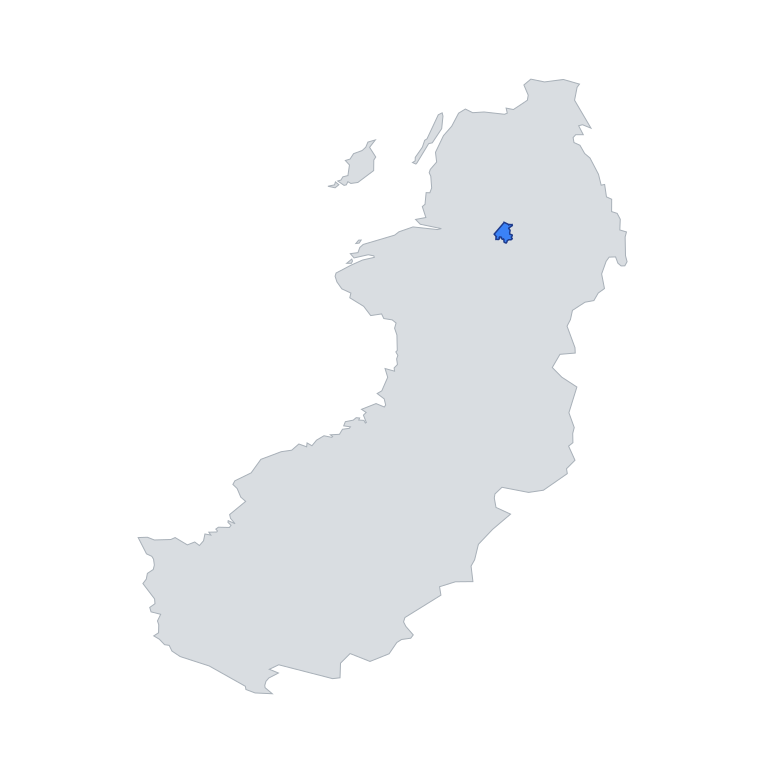 location of Karlsborg, Västra Götaland, Sweden, rotated 185°
{"feature_id": "70781695B19460929055016", "entity_name": "Karlsborg", "entity_type": "district", "adm_level": 2, "iso_a3": "SWE", "parent_name": "Sweden", "parent_adm1": "Västra Götaland", "projection": "natural_earth1", "projection_center": [14.477, 58.607], "detail": "fine", "context": "in_parent", "style": "filled", "palette": "blue", "viewbox_px": 768, "rotation_deg": 185, "n_neighbors": 0, "source": "geoboundaries", "source_scale": "gbopen_adm2", "svg_char_len": 4494}
<svg xmlns="http://www.w3.org/2000/svg" viewBox="0 0 768 768"><g transform="rotate(185 384 384)"><path d="M161.5,524.7L164.4,530.8L170.8,530.0L173.4,525.6L176.8,512.6L172.7,498.3L178.5,493.3L182.2,485.4L190.9,483.0L202.7,473.8L203.9,464.4L206.7,457.6L196.9,436.8L196.2,431.5L211.3,428.9L217.8,415.1L207.5,406.3L191.6,397.8L197.3,371.5L190.7,357.2L191.7,351.2L190.7,342.0L194.7,338.2L187.1,324.7L194.8,315.5L193.6,310.7L215.9,292.1L230.5,288.6L257.5,291.4L263.9,284.1L264.2,280.1L261.7,270.8L246.6,265.4L263.1,248.7L276.0,232.5L278.4,216.8L281.4,210.2L278.2,194.9L295.6,193.2L311.0,186.9L308.9,178.6L342.8,153.2L343.8,148.7L341.1,144.4L333.0,136.6L335.2,133.1L344.3,131.0L348.7,127.6L355.4,115.7L373.8,106.4L394.3,112.5L403.0,102.1L402.2,87.5L409.5,86.0L464.4,95.1L473.4,89.8L464.0,86.9L473.1,81.1L475.7,77.5L476.5,73.3L476.0,71.1L468.3,65.7L485.5,65.0L494.9,67.6L495.8,70.8L533.6,87.9L563.3,94.7L572.0,99.5L575.2,104.9L579.9,105.2L585.6,110.2L591.4,113.0L586.9,116.5L587.4,124.5L589.0,128.2L586.4,135.1L596.2,136.7L597.9,141.0L593.0,145.2L593.8,149.9L606.8,164.2L603.8,168.9L603.2,174.7L597.7,179.1L597.0,183.6L598.3,189.4L600.3,192.1L605.8,194.1L615.5,209.6L606.3,210.7L599.2,208.6L582.8,210.5L578.7,212.8L565.9,206.6L558.8,210.1L553.8,207.0L550.1,212.1L549.3,219.0L543.3,218.4L545.6,221.1L537.7,222.0L537.1,223.1L538.9,224.8L536.5,226.9L525.5,227.6L524.1,229.9L527.4,232.6L527.3,234.3L520.2,231.8L525.2,236.8L526.4,240.5L511.6,255.0L516.8,258.8L521.2,267.1L525.8,270.8L524.1,274.6L508.6,283.9L500.1,298.2L480.5,307.6L470.2,310.0L463.6,316.8L455.6,314.7L455.5,318.6L450.4,316.2L446.3,322.2L439.3,327.2L431.4,326.3L430.6,327.2L433.0,328.7L424.0,330.0L421.4,335.3L414.7,336.8L413.7,338.4L420.5,338.8L419.2,343.1L411.5,345.3L408.8,348.0L405.3,348.0L406.0,345.9L400.8,346.0L399.2,343.5L398.2,344.1L401.8,351.2L399.3,354.1L404.2,356.8L390.2,363.8L381.7,361.1L380.5,363.2L382.5,369.2L390.0,373.9L385.6,377.0L380.9,391.0L384.3,399.5L374.6,397.7L375.3,400.9L372.3,404.6L373.6,410.1L372.7,413.7L375.0,417.0L373.7,418.6L375.4,433.9L378.3,440.5L377.3,445.8L381.4,448.6L389.9,449.2L392.5,453.6L403.2,451.0L411.0,459.6L425.6,466.9L424.9,471.7L434.3,475.1L439.8,481.6L442.1,487.1L441.4,490.4L427.2,499.5L416.2,505.6L404.7,509.3L405.3,510.8L411.0,511.4L424.8,507.0L428.9,510.9L421.4,512.6L420.0,517.9L416.9,521.2L386.4,533.2L382.4,536.9L368.8,543.0L344.2,542.5L340.4,543.8L361.8,546.3L366.9,550.7L356.8,553.5L361.3,564.1L358.8,566.6L358.7,578.3L355.0,578.5L353.6,583.4L355.5,595.1L357.4,598.4L356.6,601.8L350.9,609.7L352.9,619.3L346.4,636.6L339.0,646.7L333.3,660.3L326.9,665.0L319.3,662.0L308.0,663.7L287.4,663.2L284.8,664.6L286.4,669.5L279.0,668.7L265.9,679.2L265.5,684.3L270.7,694.1L264.3,700.5L250.4,698.9L231.9,703.0L215.4,699.8L217.5,696.4L218.9,683.3L200.1,656.9L208.9,659.6L212.6,658.2L207.2,649.7L214.7,649.1L217.1,646.0L215.8,641.1L209.6,638.9L204.2,631.1L198.5,627.1L188.6,611.6L185.0,601.0L181.6,602.0L178.7,589.8L173.3,587.9L172.3,575.6L166.6,574.3L163.0,568.7L162.5,558.0L155.7,556.6L156.6,551.5L154.6,532.8L152.5,527.0L154.4,522.7L158.1,522.3L161.5,524.7ZM447.8,582.2L444.7,583.4L443.0,586.8L438.1,588.5L437.5,599.2L442.0,603.3L437.4,605.1L434.4,610.8L426.1,614.7L422.8,618.3L421.1,623.6L413.9,626.4L419.0,618.5L412.0,609.4L413.7,606.2L412.9,595.7L427.6,582.5L434.5,580.9L437.6,582.4L438.9,579.1L441.1,578.4L447.8,582.2ZM353.4,656.9L349.7,659.2L348.6,656.0L348.8,643.4L356.9,628.5L360.5,627.3L370.4,607.2L371.4,605.9L374.9,607.1L372.4,609.0L372.6,612.5L366.4,623.3L364.7,630.3L362.5,632.0L353.4,656.9ZM450.6,578.1L450.0,581.1L446.3,578.6L449.8,575.2L457.1,576.1L450.6,578.1ZM431.7,501.0L427.0,505.6L426.1,503.7L427.0,501.4L431.7,501.0ZM421.8,525.1L419.3,525.4L421.0,522.2L424.3,521.5L421.8,525.1Z" fill="#d9dde1" stroke="#a8b0b8" stroke-width="1"/><path d="M278.4,555.4L282.8,549.2L287.3,542.9L284.9,540.5L285.2,540.1L285.1,537.8L284.3,537.9L282.7,537.9L282.1,538.2L281.8,539.2L282.0,540.1L281.5,540.6L280.1,540.5L279.8,540.3L279.9,539.6L279.5,539.0L278.6,538.5L277.6,538.9L277.2,538.5L276.9,536.5L276.7,535.8L276.0,535.5L275.4,535.2L274.6,535.1L274.0,536.0L273.7,537.5L272.3,538.6L270.7,538.7L269.8,538.9L269.1,539.6L269.0,540.2L269.6,540.6L270.0,541.5L269.4,542.4L269.2,543.0L269.3,543.6L270.1,543.9L271.6,544.1L272.0,545.6L271.9,546.8L271.8,548.0L272.3,548.8L273.3,549.8L273.1,550.5L272.1,551.2L271.1,552.1L270.1,552.9L270.0,553.4L270.3,554.0L270.5,553.9L273.9,553.8L273.9,553.7L274.1,553.9L278.4,555.5L278.4,555.4L278.4,555.4Z" fill="#3b82f6" stroke="#1e3a8a" stroke-width="1.5"/></g></svg>